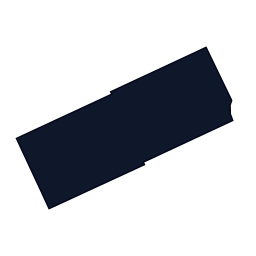 outline of Hyde, South Dakota, United States of America, rotated 245°
{"feature_id": "52423323B29603779498956", "entity_name": "Hyde", "entity_type": "district", "adm_level": 2, "iso_a3": "USA", "parent_name": "United States of America", "parent_adm1": "South Dakota", "projection": "mercator", "projection_center": [-99.535, 44.545], "detail": "fine", "context": "isolated", "style": "filled", "palette": "ink", "viewbox_px": 256, "rotation_deg": 245, "n_neighbors": 0, "source": "geoboundaries", "source_scale": "gbopen_adm2", "svg_char_len": 317}
<svg xmlns="http://www.w3.org/2000/svg" viewBox="0 0 256 256"><g transform="rotate(245 128 128)"><path d="M88.3,22.4L87.9,127.4L90.6,127.4L90.6,226.1L97.3,226.6L105.5,230.1L109.2,233.6L168.1,232.8L168.1,127.6L165.5,127.6L165.7,22.5L110.0,22.5L88.3,22.4Z" fill="#0f172a" stroke="#020617" stroke-width="1.5"/></g></svg>